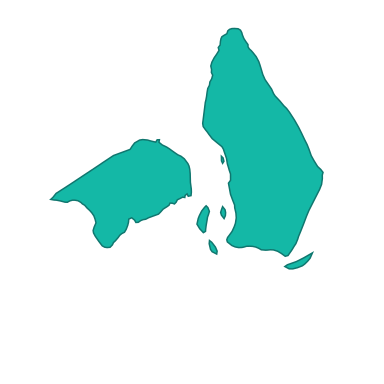 the district of Cajapió, Maranhão, Brazil, rotated 329°
{"feature_id": "56859067B62856742471804", "entity_name": "Cajapió", "entity_type": "district", "adm_level": 2, "iso_a3": "BRA", "parent_name": "Brazil", "parent_adm1": "Maranhão", "projection": "albers", "projection_center": [-44.622, -2.889], "detail": "fine", "context": "isolated", "style": "filled", "palette": "teal", "viewbox_px": 384, "rotation_deg": 329, "n_neighbors": 0, "source": "geoboundaries", "source_scale": "gbopen_adm2", "svg_char_len": 3535}
<svg xmlns="http://www.w3.org/2000/svg" viewBox="0 0 384 384"><g transform="rotate(329 192 192)"><path d="M312.9,73.9L310.5,72.5L307.9,71.9L305.7,72.3L303.4,74.3L299.8,74.2L297.6,74.3L295.8,75.5L293.9,77.6L291.8,80.5L288.9,81.7L288.1,84.5L284.1,86.6L280.3,88.3L276.0,90.9L273.0,93.7L271.8,97.2L270.2,99.5L269.9,102.5L267.2,105.1L264.0,106.9L261.9,109.5L258.8,111.4L256.3,114.3L253.6,117.7L251.5,120.1L249.6,122.0L236.5,138.7L235.3,141.7L235.6,145.6L236.0,148.4L236.2,151.4L236.8,156.7L238.9,162.7L241.0,168.5L241.0,171.3L240.3,174.4L238.9,180.9L236.8,186.1L236.0,189.3L235.1,192.7L234.3,196.4L231.1,201.8L227.8,203.2L223.8,213.9L222.6,220.3L221.8,225.1L220.5,227.5L218.8,232.7L216.6,237.0L213.1,241.2L210.2,243.6L206.1,246.4L201.4,248.4L199.1,249.3L197.2,250.9L196.6,253.0L198.6,258.4L200.7,261.3L203.4,263.7L206.3,265.3L208.4,266.0L210.8,266.6L213.4,268.1L215.8,269.7L218.2,271.9L220.2,274.6L221.6,277.2L225.2,279.8L227.1,280.8L229.3,281.8L232.0,283.6L234.9,286.9L236.9,290.6L238.8,295.1L241.6,295.9L244.9,294.4L247.0,293.5L249.0,292.5L251.6,291.1L254.4,289.8L258.3,286.9L260.4,285.0L265.0,281.6L271.0,277.0L277.7,271.7L282.6,268.1L293.9,261.0L302.7,255.5L307.0,252.2L310.6,247.7L312.4,244.6L314.4,242.7L314.0,239.1L312.8,234.8L312.7,228.1L312.9,222.3L314.3,215.5L315.1,210.6L315.5,205.0L316.2,197.9L316.7,191.5L316.9,183.2L316.6,173.8L316.1,169.0L315.1,165.3L314.2,159.3L312.7,152.4L312.6,149.6L313.2,144.8L312.8,138.2L312.5,133.2L313.2,127.7L314.5,122.7L315.7,117.9L316.4,114.6L316.7,109.2L316.1,104.2L315.6,101.4L314.8,98.7L314.8,96.4L315.9,94.5L315.6,90.5L315.5,87.1L316.1,83.4L316.8,80.8L316.9,78.2L315.6,75.8L312.9,73.9ZM67.1,125.6L69.6,127.8L71.5,129.1L74.4,131.7L77.9,135.3L79.9,136.6L82.7,136.7L85.5,137.5L87.4,138.7L89.8,140.8L91.4,143.7L91.9,145.7L93.2,148.1L93.8,151.7L94.8,155.1L95.4,158.3L95.6,161.9L94.9,165.5L93.8,169.0L89.9,171.8L87.4,174.1L86.5,176.4L86.3,180.1L86.7,186.2L87.3,191.9L88.7,194.3L90.6,195.9L93.3,197.2L96.6,196.3L98.6,194.9L101.1,194.4L105.0,193.1L107.8,191.9L110.3,191.5L113.4,191.7L116.4,190.1L119.7,187.5L122.0,185.2L123.8,182.7L127.0,183.0L128.3,186.5L128.2,189.2L130.3,190.3L133.3,190.1L135.8,190.5L138.3,191.5L141.6,191.7L148.3,193.0L151.9,193.7L154.7,193.0L158.5,191.8L163.2,191.7L165.5,191.5L167.4,190.2L169.3,191.4L170.8,193.2L173.1,192.6L175.5,191.1L178.1,191.4L181.3,191.6L183.0,193.0L184.3,191.4L186.8,191.1L186.6,193.7L189.3,194.6L191.4,191.8L192.9,189.1L195.6,182.9L199.9,175.3L201.8,171.3L202.8,168.2L203.1,165.6L202.5,159.6L201.0,155.7L199.0,152.8L197.5,149.5L196.1,146.3L194.8,143.2L193.5,140.6L192.3,138.7L190.8,136.5L189.3,132.4L191.0,130.4L189.0,129.3L186.6,130.6L182.8,126.9L180.7,124.6L176.8,121.7L173.8,120.5L168.1,120.4L164.3,121.9L160.9,123.6L143.5,120.3L130.0,120.9L126.9,121.1L91.0,122.7L74.8,123.2L70.0,125.0L67.1,125.6ZM183.3,232.7L184.8,230.6L186.7,228.2L190.3,224.0L192.4,221.5L194.4,219.9L196.9,217.6L197.6,213.5L197.0,211.1L194.9,211.6L190.5,213.3L186.2,216.0L183.7,217.9L179.7,222.1L179.7,227.5L180.8,232.7L183.3,232.7ZM259.1,309.6L263.9,306.2L253.9,306.0L245.6,305.4L236.3,303.5L233.2,303.7L235.7,307.9L238.8,309.8L241.1,310.5L243.4,311.2L248.6,312.1L251.6,311.8L255.4,310.9L259.1,309.6ZM183.1,255.6L183.7,251.3L183.3,247.5L183.0,245.2L182.0,242.6L180.1,245.2L178.3,250.8L178.5,253.6L179.6,255.3L181.2,257.9L183.1,255.6ZM208.4,229.5L210.2,227.0L211.2,224.2L210.7,220.3L208.2,222.3L206.0,224.3L205.3,227.0L205.8,231.3L208.4,229.5ZM235.2,182.1L236.2,178.8L235.6,176.5L233.3,180.5L233.0,183.2L235.2,182.1Z" fill="#14b8a6" stroke="#0f766e" stroke-width="1.5"/></g></svg>